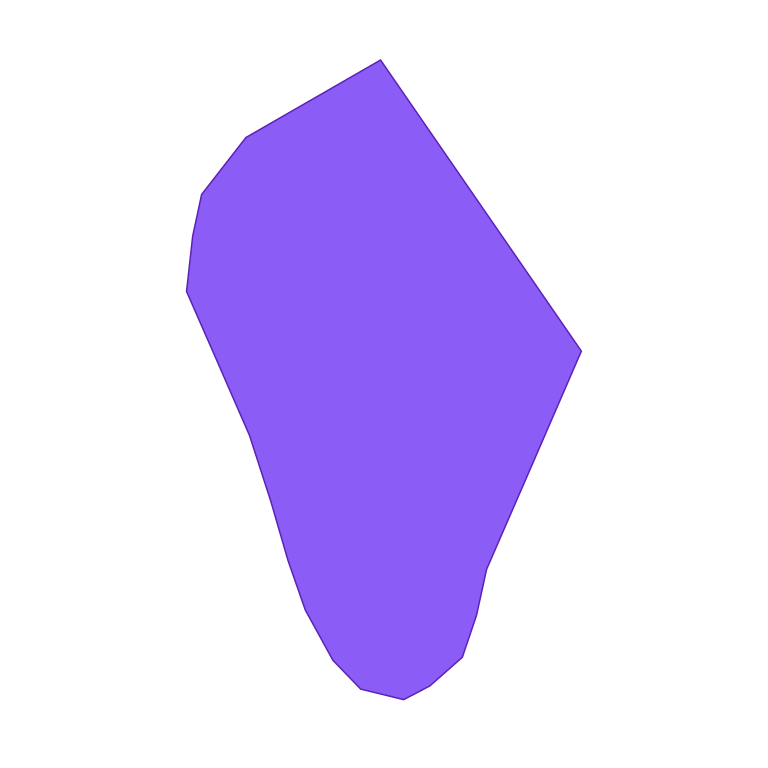 Bujumbura Mairie, Natural Earth projection, rotated 149°
{"feature_id": "BDI-3364", "entity_name": "Bujumbura Mairie", "entity_type": "Province", "adm_level": 1, "iso_a3": "BDI", "parent_name": "Burundi", "parent_adm1": "", "projection": "natural_earth1", "projection_center": [29.344, -3.441], "detail": "fine", "context": "isolated", "style": "filled", "palette": "violet", "viewbox_px": 768, "rotation_deg": 149, "n_neighbors": 0, "source": "natural_earth", "source_scale": "10m", "svg_char_len": 411}
<svg xmlns="http://www.w3.org/2000/svg" viewBox="0 0 768 768"><g transform="rotate(149 384 384)"><path d="M220.1,663.5L197.9,310.5L299.9,237.6L391.5,172.3L423.9,138.0L457.6,109.4L500.2,101.6L529.7,103.3L561.1,134.4L570.1,173.4L567.9,230.6L557.3,281.7L541.5,341.5L525.8,409.1L514.6,494.9L505.6,565.0L471.9,609.2L442.7,640.4L375.4,666.4L220.1,663.5Z" fill="#8b5cf6" stroke="#5b21b6" stroke-width="1.5"/></g></svg>